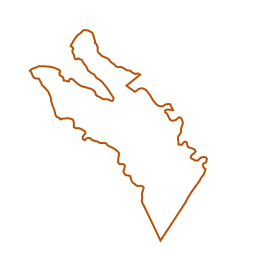 the district of Maracanã, Pará, Brazil, rotated 320°
{"feature_id": "56859067B55214548795281", "entity_name": "Maracanã", "entity_type": "district", "adm_level": 2, "iso_a3": "BRA", "parent_name": "Brazil", "parent_adm1": "Pará", "projection": "natural_earth1", "projection_center": [-47.491, -0.804], "detail": "fine", "context": "isolated", "style": "outline", "palette": "amber", "viewbox_px": 256, "rotation_deg": 320, "n_neighbors": 0, "source": "geoboundaries", "source_scale": "gbopen_adm2", "svg_char_len": 4092}
<svg xmlns="http://www.w3.org/2000/svg" viewBox="0 0 256 256"><g transform="rotate(320 128 128)"><path d="M161.0,209.3L160.4,207.1L161.6,204.4L163.0,203.8L164.2,204.1L166.0,204.4L167.1,203.5L168.6,202.4L168.7,200.4L167.6,199.2L166.5,198.4L165.5,197.7L163.1,197.6L160.7,197.7L159.0,196.7L158.0,194.4L157.3,193.0L157.0,190.9L158.2,190.0L159.6,189.7L162.5,189.8L164.8,189.4L165.1,187.4L164.3,185.2L162.8,183.0L161.8,181.1L162.3,179.3L163.2,178.2L163.8,176.3L163.1,175.2L161.2,174.8L159.5,175.3L158.2,175.4L156.1,173.0L157.4,171.6L158.2,170.3L158.8,169.0L159.9,167.7L161.4,166.6L163.0,166.3L165.8,165.3L167.2,163.9L168.0,162.9L169.0,162.1L172.8,159.8L173.7,158.8L174.7,156.2L174.9,153.4L173.6,152.5L171.1,152.6L169.7,152.5L167.6,151.7L166.0,150.1L165.7,148.7L165.7,147.3L166.6,144.4L167.0,141.7L166.5,139.9L167.7,138.5L168.9,138.5L170.1,139.2L174.0,143.2L174.7,140.0L175.5,136.7L173.6,135.0L171.5,134.0L169.6,133.8L167.7,133.3L165.6,130.5L165.1,128.8L165.0,127.0L164.9,124.7L165.1,121.8L165.6,119.3L166.0,116.7L166.2,114.3L166.2,111.8L166.0,109.6L164.9,107.4L164.0,106.4L162.3,105.4L160.7,104.9L158.4,104.9L156.5,104.6L154.0,94.6L171.6,94.9L170.6,92.4L168.5,91.5L167.1,88.8L166.6,85.6L165.4,84.4L164.3,83.3L163.6,81.1L163.1,79.1L162.1,77.2L161.0,75.9L159.1,74.5L158.2,72.3L158.4,70.8L157.6,68.0L157.2,64.7L157.5,62.9L156.5,60.5L155.4,58.1L154.3,56.1L154.1,54.3L153.9,52.3L153.8,50.5L154.4,49.3L155.3,48.3L156.5,46.9L157.3,44.7L157.8,43.3L157.2,41.6L158.7,40.2L159.6,37.8L160.3,36.4L161.4,33.8L161.8,32.0L161.4,30.5L160.7,29.3L160.3,28.0L158.8,26.1L157.2,24.7L155.6,24.4L153.7,24.8L152.5,24.8L150.3,24.6L149.0,24.5L147.5,24.8L146.3,25.1L144.4,25.6L142.4,26.1L140.6,26.9L139.3,27.4L137.7,27.7L136.6,28.7L137.5,30.3L136.9,32.3L135.6,32.6L134.5,33.7L133.8,35.5L133.4,37.7L132.3,39.5L131.8,40.8L132.7,42.3L134.8,42.7L135.2,44.3L136.4,45.9L135.9,48.4L135.5,51.4L135.7,53.0L135.4,54.6L134.9,56.6L134.3,58.3L134.8,60.0L135.1,62.0L136.4,64.9L136.3,67.4L136.0,69.4L136.8,71.5L137.2,73.2L137.8,76.0L137.7,83.0L137.3,87.6L137.0,90.0L136.6,92.9L136.2,95.8L135.1,96.9L133.4,97.2L132.2,95.9L131.8,94.4L130.6,92.7L129.2,91.4L127.9,90.3L127.2,89.1L126.6,87.4L126.2,86.1L125.6,84.9L124.9,83.3L124.7,81.9L125.3,80.7L126.0,78.9L125.6,76.7L124.9,74.3L123.9,72.8L122.7,71.1L121.4,68.9L120.0,67.2L119.2,65.9L118.6,64.3L118.1,62.2L117.7,60.8L117.5,59.4L117.3,58.0L117.1,55.8L116.3,53.8L115.0,53.2L113.8,53.4L112.8,54.3L111.6,53.4L110.6,51.5L109.2,50.2L110.2,48.8L110.8,47.2L110.3,45.5L109.7,43.6L110.6,41.8L112.1,41.5L112.8,39.9L112.1,38.1L111.1,36.2L110.1,34.3L109.2,32.9L108.1,31.6L107.1,30.5L105.4,28.7L103.8,27.2L102.6,26.1L101.3,25.1L100.0,23.7L98.1,23.0L96.3,22.5L94.4,21.7L92.8,21.1L91.4,21.0L89.7,20.9L89.7,23.1L89.3,24.6L88.7,26.3L88.3,28.6L88.8,30.1L90.0,31.6L91.4,32.8L91.1,34.9L90.6,36.6L90.3,38.1L89.6,40.0L89.9,41.6L90.1,43.3L90.2,45.5L90.3,47.3L90.2,49.4L89.4,51.3L89.3,52.7L88.6,54.5L87.6,56.4L86.5,57.8L85.8,59.4L85.3,60.7L84.6,62.2L84.2,63.7L83.6,65.6L83.0,67.0L82.3,68.6L81.2,70.7L80.5,72.5L80.8,74.3L81.9,76.1L81.6,77.8L84.2,78.9L86.0,80.3L87.0,81.1L88.4,82.0L89.4,83.3L90.7,85.1L91.1,86.5L90.4,88.2L89.3,90.0L87.1,92.4L87.7,94.4L88.8,95.5L89.9,96.1L91.4,98.5L91.8,100.0L92.8,102.4L92.6,104.0L91.5,105.0L90.0,104.9L87.5,105.8L86.3,107.5L87.0,109.6L88.8,109.3L90.7,109.6L92.5,111.2L92.6,113.7L93.5,115.2L94.5,117.1L95.8,118.4L96.2,120.0L97.4,122.0L98.9,123.2L100.0,123.9L101.3,125.5L101.3,128.3L102.0,130.3L103.1,132.5L103.8,134.2L104.4,135.9L104.7,137.3L105.1,139.3L104.8,142.1L101.3,144.8L98.3,147.9L98.4,150.2L99.3,151.1L100.9,152.4L101.7,153.8L101.2,155.2L98.7,156.9L97.2,157.8L96.0,159.3L95.9,162.7L97.6,164.3L98.8,166.3L97.2,169.7L96.6,171.2L96.5,172.7L97.2,175.4L97.3,176.8L98.2,178.7L100.3,180.1L101.1,181.1L101.9,182.6L101.4,184.1L99.3,185.5L98.1,186.1L96.6,187.2L95.4,188.8L93.9,190.7L91.8,192.5L90.4,195.7L90.2,197.6L83.3,224.6L80.5,235.1L100.3,229.2L111.7,225.7L124.8,221.8L128.0,220.3L136.2,217.6L139.0,216.9L140.7,216.5L143.1,215.8L145.8,215.3L147.5,214.8L149.4,214.3L151.2,213.4L153.5,212.8L155.7,212.3L158.6,211.0L161.0,209.3Z" fill="none" stroke="#b45309" stroke-width="2"/></g></svg>